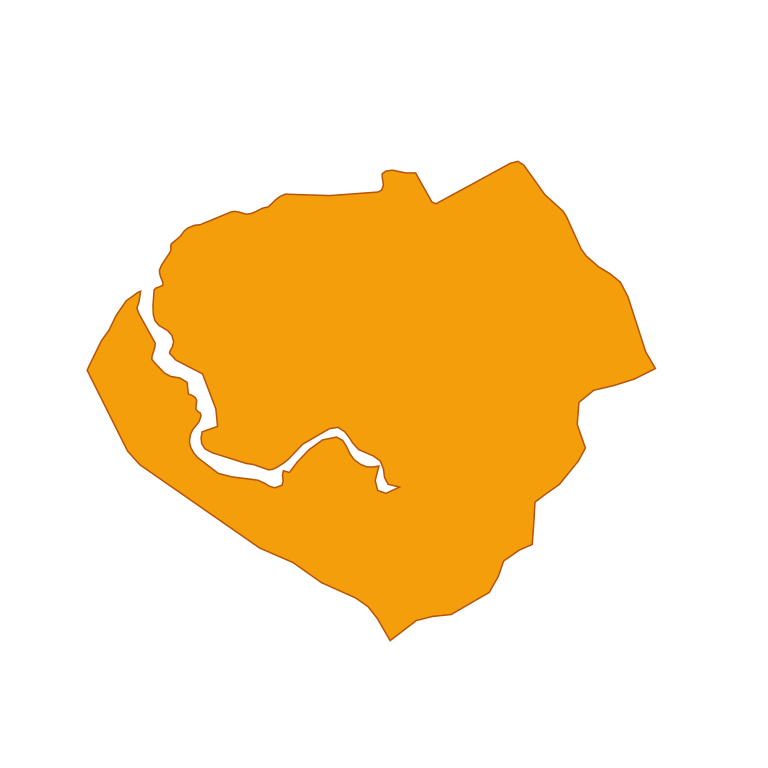 Sédhiou, Albers equal-area conic projection, rotated 60°
{"feature_id": "SEN-5514", "entity_name": "Sédhiou", "entity_type": "Region", "adm_level": 1, "iso_a3": "SEN", "parent_name": "Senegal", "parent_adm1": "", "projection": "albers", "projection_center": [-15.668, 12.909], "detail": "fine", "context": "isolated", "style": "filled", "palette": "amber", "viewbox_px": 768, "rotation_deg": 60, "n_neighbors": 0, "source": "natural_earth", "source_scale": "10m", "svg_char_len": 2462}
<svg xmlns="http://www.w3.org/2000/svg" viewBox="0 0 768 768"><g transform="rotate(60 384 384)"><path d="M609.3,507.0L583.7,507.0L568.7,509.2L555.2,515.5L524.9,537.4L493.1,552.1L465.4,572.6L463.9,573.7L331.9,635.8L313.9,639.6L223.7,634.2L221.3,631.0L205.1,606.9L200.0,595.4L190.6,581.5L183.1,565.7L181.6,551.6L182.0,548.4L190.3,555.1L194.7,560.0L200.7,561.1L234.2,561.7L237.5,564.0L244.2,571.2L246.7,572.7L251.3,572.0L264.7,568.7L270.7,565.0L276.6,557.9L284.0,553.7L294.9,558.4L297.7,556.0L301.1,554.3L304.4,554.3L311.6,559.5L314.6,559.0L317.3,557.6L320.2,558.4L324.3,563.2L327.8,572.3L330.6,576.4L334.0,579.5L337.7,581.8L342.4,583.1L348.8,583.3L354.7,582.1L378.6,572.2L388.2,562.4L404.2,541.4L410.2,537.0L415.5,534.2L419.3,530.5L420.7,523.1L417.7,519.9L412.0,517.4L408.8,514.5L413.3,510.2L408.2,498.1L403.4,481.8L401.7,465.1L406.2,451.7L412.2,448.0L419.7,447.7L427.5,448.4L434.6,447.7L441.9,444.5L446.9,440.6L450.1,435.7L452.5,429.4L463.2,439.9L473.0,442.7L479.7,437.0L481.0,422.1L472.9,430.6L465.2,430.3L457.3,426.9L448.9,425.7L441.0,429.2L428.1,438.8L418.8,440.7L413.5,440.8L405.6,441.9L398.5,445.6L395.4,453.5L395.5,484.6L401.4,504.7L402.3,510.2L402.6,518.9L402.2,523.2L400.7,526.8L388.0,537.8L384.0,543.0L357.7,567.1L350.7,571.4L344.5,571.7L339.1,569.3L334.5,565.4L337.5,549.4L321.6,542.1L284.5,536.1L259.4,552.2L250.1,554.4L248.4,552.7L246.1,548.9L242.3,545.1L236.0,543.4L229.7,544.6L220.8,549.6L214.5,550.7L208.4,549.0L200.6,544.9L187.5,536.0L186.9,533.4L187.6,529.6L187.9,526.2L185.9,524.8L179.0,523.8L175.3,522.7L173.0,521.4L169.7,517.0L162.6,502.8L160.7,501.0L158.3,500.0L156.3,498.1L154.3,486.7L151.6,480.5L150.8,475.9L151.9,468.4L154.1,463.7L158.5,430.5L159.7,427.2L162.5,423.8L168.0,418.4L169.4,415.5L170.3,412.0L171.1,401.0L172.8,395.5L170.4,386.3L169.6,380.7L170.2,374.6L193.7,336.8L214.8,293.1L214.9,289.2L211.9,285.4L208.3,283.7L204.5,282.4L201.1,280.5L200.5,276.0L203.1,269.7L212.1,259.6L217.0,251.1L230.9,251.3L250.4,251.5L253.9,248.9L254.9,210.7L255.1,202.4L256.0,164.4L258.1,156.8L264.1,153.5L300.5,150.0L323.9,142.5L330.4,142.3L365.6,145.8L374.1,144.9L389.8,139.6L401.8,133.0L414.0,128.4L430.3,129.1L487.1,141.3L506.3,141.2L504.9,164.6L500.4,185.1L494.3,205.5L497.4,224.4L515.7,236.9L540.2,241.6L547.9,254.2L558.7,282.5L560.2,299.7L561.8,312.3L578.6,323.3L597.0,335.8L595.5,350.0L597.1,368.8L607.9,381.4L617.1,397.1L617.1,415.9L617.2,441.1L609.5,458.4L605.0,474.1L609.3,507.0Z" fill="#f59e0b" stroke="#b45309" stroke-width="1.5"/></g></svg>